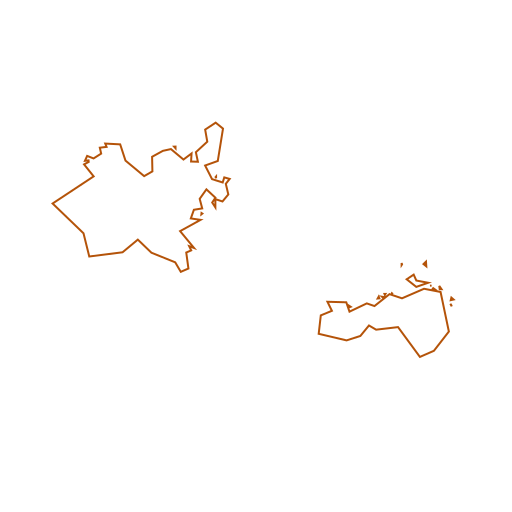 outline of Zamboanga del Sur, Zamboanga del Sur, Philippines, rotated 237°
{"feature_id": "2640588B82692599034098", "entity_name": "Zamboanga del Sur", "entity_type": "district", "adm_level": 2, "iso_a3": "PHL", "parent_name": "Philippines", "parent_adm1": "Zamboanga del Sur", "projection": "orthographic", "projection_center": [122.897, 7.565], "detail": "medium", "context": "isolated", "style": "outline", "palette": "amber", "viewbox_px": 512, "rotation_deg": 237, "n_neighbors": 0, "source": "geoboundaries", "source_scale": "gbopen_adm2", "svg_char_len": 1967}
<svg xmlns="http://www.w3.org/2000/svg" viewBox="0 0 512 512"><g transform="rotate(237 256 256)"><path d="M426.2,181.9L426.3,172.9L431.9,168.9L429.0,164.4L427.4,167.6L426.0,166.9L426.5,161.7L411.2,163.2L410.8,114.0L369.0,123.7L346.4,115.9L331.8,146.1L334.1,165.8L315.7,170.1L294.7,184.8L283.7,184.3L282.3,192.5L296.9,199.4L296.0,204.7L300.6,205.3L296.5,208.4L318.2,205.9L316.5,229.2L323.0,221.8L328.6,229.1L325.2,236.8L334.6,239.9L338.9,250.7L327.0,253.7L324.7,248.4L318.9,248.4L325.8,252.9L320.0,257.6L322.7,266.3L333.0,270.0L335.0,275.9L339.2,272.2L335.8,268.1L344.4,261.0L359.6,262.6L356.5,275.7L380.8,297.7L389.8,294.8L389.7,282.2L378.4,277.4L375.8,262.1L366.7,258.6L370.6,253.0L377.1,257.8L376.4,247.7L392.0,242.9L394.9,235.2L395.8,222.9L383.4,215.2L383.9,205.7L407.1,198.5L423.6,202.9L432.4,190.8L428.9,190.1L431.9,184.0L426.2,181.9ZM82.1,338.5L79.6,353.6L87.6,376.6L125.3,391.2L137.0,379.1L141.0,355.4L151.3,347.2L149.5,328.1L155.9,323.1L158.4,304.1L168.0,306.5L178.7,291.0L168.7,289.8L170.9,278.0L156.6,266.2L135.9,286.0L132.1,300.0L136.2,312.9L128.8,316.6L119.0,336.4L82.1,338.5ZM154.4,369.7L142.8,373.6L139.8,385.8L148.1,377.1L154.5,378.1L154.4,369.7ZM158.0,392.1L154.6,393.2L158.7,395.5L158.0,392.1ZM112.9,395.3L111.9,398.0L114.7,397.2L112.9,395.3ZM131.1,393.4L128.1,392.0L127.1,393.5L131.1,393.4ZM392.3,246.9L390.2,247.2L391.6,248.1L392.3,246.9ZM155.1,336.8L154.1,334.9L153.3,336.4L155.1,336.8ZM170.8,374.3L169.1,373.2L169.4,373.9L170.8,374.3ZM163.7,306.9L162.2,306.4L161.9,307.7L163.7,306.9ZM321.7,233.7L320.7,232.9L320.8,234.1L321.7,233.7ZM154.2,343.1L153.2,342.9L153.7,343.9L154.2,343.1ZM344.2,265.1L343.0,264.9L344.4,265.8L344.2,265.1ZM110.1,393.0L107.2,392.7L108.1,393.0L110.1,393.0ZM150.7,349.7L150.1,349.0L150.4,349.8L150.7,349.7ZM153.2,339.5L152.2,339.7L152.4,340.4L153.2,339.5ZM135.8,387.2L136.2,385.8L136.1,386.0L135.9,386.6L135.8,387.2ZM132.5,387.1L132.2,386.3L131.2,387.6L132.5,387.1Z" fill="none" stroke="#b45309" stroke-width="2"/></g></svg>